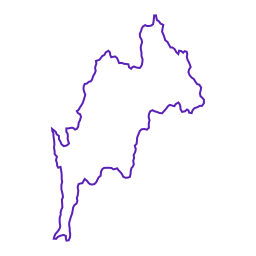 São Pedro do Suaçuí, Minas Gerais, Brazil
{"feature_id": "56859067B41560098382432", "entity_name": "São Pedro do Suaçuí", "entity_type": "district", "adm_level": 2, "iso_a3": "BRA", "parent_name": "Brazil", "parent_adm1": "Minas Gerais", "projection": "equal_earth", "projection_center": [-42.603, -18.366], "detail": "fine", "context": "isolated", "style": "outline", "palette": "violet", "viewbox_px": 256, "rotation_deg": 0, "n_neighbors": 0, "source": "geoboundaries", "source_scale": "gbopen_adm2", "svg_char_len": 3413}
<svg xmlns="http://www.w3.org/2000/svg" viewBox="0 0 256 256"><path d="M109.0,167.8L111.4,168.0L113.3,169.3L115.4,168.9L117.1,168.3L118.4,170.1L120.1,171.8L121.8,173.8L123.3,176.8L125.6,177.8L127.8,177.6L129.8,177.0L130.6,173.8L130.7,171.1L131.4,168.3L132.8,166.6L133.8,164.5L133.2,160.8L134.1,158.0L133.7,155.0L135.2,152.0L135.8,149.1L134.8,145.7L136.6,143.8L136.9,141.2L137.2,137.4L138.7,133.8L139.7,131.2L141.6,129.3L144.5,129.0L146.9,129.7L148.9,127.7L148.7,124.2L149.5,120.2L148.6,116.9L149.0,113.9L150.3,111.2L152.6,110.2L154.2,111.2L156.8,111.9L159.6,113.0L162.0,113.3L163.8,111.4L166.0,108.9L167.8,106.4L169.7,104.9L172.4,105.6L174.4,106.2L175.8,104.0L178.4,102.5L179.6,104.2L180.4,106.4L180.5,109.1L182.1,111.9L185.0,111.3L187.0,109.5L188.5,110.5L189.2,112.7L191.6,113.1L192.6,110.2L194.4,108.2L197.6,107.1L199.8,105.8L202.0,105.9L203.9,103.2L203.9,99.7L202.3,97.7L200.6,96.4L199.9,93.4L200.6,90.4L201.2,87.6L199.3,84.7L197.1,84.1L195.5,81.8L193.8,79.0L191.8,77.7L189.6,75.2L188.4,71.9L189.2,69.2L190.7,67.1L189.8,64.5L188.8,62.1L187.5,59.7L186.8,56.5L187.3,54.2L186.7,51.7L184.6,51.2L183.2,52.7L181.2,51.1L179.1,50.7L178.3,54.0L176.3,52.1L174.6,49.1L172.5,47.5L170.4,47.4L169.0,44.7L167.6,42.1L165.2,40.1L164.3,37.1L163.4,34.5L162.1,31.9L162.5,28.7L163.3,24.9L160.4,23.5L159.0,21.3L157.0,20.2L156.4,17.9L156.0,15.4L154.2,15.4L153.7,20.5L153.1,24.2L151.2,25.6L149.0,26.0L146.9,26.0L145.2,25.1L143.1,26.4L141.8,28.3L141.1,31.0L139.8,33.8L140.0,36.8L141.6,39.6L142.1,42.2L141.3,44.7L140.7,47.3L140.9,49.9L141.5,52.4L141.5,56.0L142.6,59.5L142.3,62.5L141.6,65.6L139.9,67.9L138.1,67.8L136.0,67.4L134.0,66.5L132.3,67.2L131.1,68.7L129.0,67.2L128.4,64.3L126.1,63.9L124.2,63.9L121.9,62.9L119.1,63.1L118.1,60.4L116.9,57.9L115.2,56.5L113.2,56.8L111.2,57.2L110.2,54.8L109.9,52.4L108.4,50.8L105.8,52.3L104.3,55.0L102.3,56.0L100.8,58.0L99.4,59.8L97.6,60.4L95.9,61.0L96.4,63.7L95.5,66.0L95.1,68.3L95.7,70.7L94.8,73.3L93.1,76.3L92.0,79.7L90.6,81.4L88.8,81.8L86.8,83.6L84.7,83.9L83.7,86.6L83.5,89.4L84.3,92.1L85.3,94.7L84.5,97.5L83.6,100.5L82.6,103.3L81.4,105.2L80.0,107.3L78.5,110.0L76.8,111.1L78.0,113.2L80.1,114.2L81.0,116.7L80.1,119.9L78.7,122.8L78.2,126.7L76.7,128.9L75.0,129.6L73.5,128.1L71.9,127.7L70.0,128.1L68.2,128.4L66.4,128.4L66.3,131.6L67.6,133.7L67.9,136.2L67.6,138.4L68.1,140.8L69.0,143.5L66.9,145.4L63.9,146.2L61.5,144.3L60.4,141.5L59.0,139.2L58.9,135.9L56.7,134.4L55.8,132.0L54.2,130.6L52.1,128.9L52.4,131.3L53.4,133.3L53.5,136.0L53.8,138.4L54.2,141.0L54.4,144.5L54.0,147.7L54.6,150.8L54.7,154.1L56.9,156.7L56.0,160.2L57.0,163.3L57.2,165.8L58.2,167.7L60.5,166.9L61.1,170.4L61.5,172.6L61.7,175.8L61.7,179.2L62.2,181.7L61.4,184.9L61.4,189.3L62.4,193.2L63.0,197.1L61.9,199.6L62.2,204.1L62.4,207.3L61.3,209.8L60.6,212.4L60.7,214.8L59.8,217.2L59.6,220.7L59.9,223.9L60.3,226.2L59.6,228.6L58.2,230.8L56.7,232.6L55.4,234.0L54.5,236.1L53.8,238.7L56.2,238.8L57.8,236.9L60.5,235.7L63.7,234.9L65.9,236.0L65.8,238.5L66.5,240.6L68.7,240.3L70.0,237.3L70.2,233.7L69.7,231.2L69.7,228.1L69.2,225.5L69.2,222.6L69.8,220.5L70.8,217.0L72.0,213.8L72.6,211.0L73.1,207.7L74.4,205.1L76.5,203.6L77.4,200.7L76.8,198.0L77.6,195.9L78.0,193.4L78.3,190.4L77.6,187.1L78.6,184.1L80.6,183.4L82.4,183.2L83.6,180.9L84.8,179.0L87.1,180.9L88.8,183.2L90.4,184.3L92.3,184.5L94.4,184.1L96.2,182.3L97.5,179.6L98.6,177.4L100.6,175.8L101.0,171.8L102.2,169.2L104.1,167.9L106.8,167.8L109.0,167.8Z" fill="none" stroke="#5b21b6" stroke-width="2"/></svg>